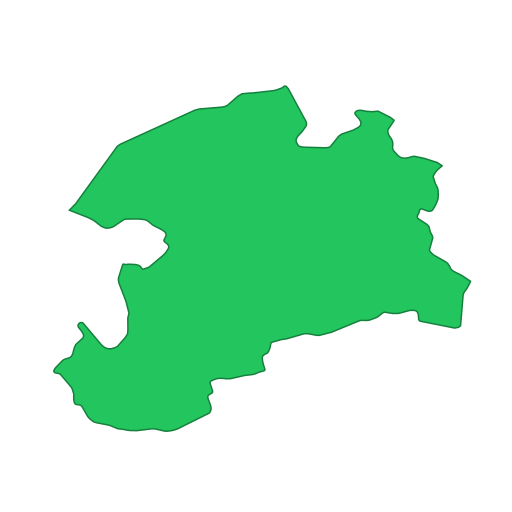 outline of Central, rotated 265°
{"feature_id": "KEN-1195", "entity_name": "Central", "entity_type": "Province", "adm_level": 1, "iso_a3": "KEN", "parent_name": "Kenya", "parent_adm1": "", "projection": "natural_earth1", "projection_center": [36.807, -0.59], "detail": "fine", "context": "isolated", "style": "filled", "palette": "green", "viewbox_px": 512, "rotation_deg": 265, "n_neighbors": 0, "source": "natural_earth", "source_scale": "10m", "svg_char_len": 4350}
<svg xmlns="http://www.w3.org/2000/svg" viewBox="0 0 512 512"><g transform="rotate(265 256 256)"><path d="M317.9,74.1L324.0,81.1L377.4,127.4L379.2,130.6L406.5,207.5L407.4,212.2L407.3,235.1L407.6,237.7L408.4,240.4L416.7,251.8L418.8,256.1L418.9,263.8L418.7,266.2L419.2,287.6L419.7,291.1L421.0,296.0L421.6,297.3L422.4,298.4L422.8,299.6L422.4,300.9L419.7,302.8L385.5,317.6L383.5,317.9L381.9,317.6L380.8,317.0L375.7,312.6L372.1,308.5L370.1,306.9L369.0,306.3L367.8,306.0L366.9,306.0L365.7,306.2L364.5,306.7L362.3,307.8L361.7,308.4L361.0,310.1L360.3,312.7L357.8,334.2L357.8,337.4L358.4,339.5L368.0,348.7L368.8,349.8L369.5,351.0L370.1,352.4L372.9,363.7L375.2,369.1L376.0,370.3L376.9,371.3L378.1,371.9L379.5,372.1L381.0,371.9L382.3,371.3L383.5,370.7L387.8,367.6L389.0,367.0L390.0,367.0L390.9,367.8L391.7,368.9L392.1,370.4L392.1,372.4L391.7,374.7L390.7,377.7L389.6,384.2L389.7,390.1L382.6,401.6L379.8,404.8L379.2,405.3L378.6,405.2L370.5,398.6L369.2,398.2L367.9,398.1L365.1,398.8L363.9,399.3L361.6,400.7L359.8,401.5L357.3,402.1L354.3,401.9L352.9,401.6L351.4,401.5L350.0,401.7L348.8,402.3L343.9,406.0L342.1,407.9L341.1,409.8L340.5,412.2L340.6,416.0L341.5,420.4L341.5,422.5L338.5,432.4L333.1,445.1L329.6,449.3L325.8,444.0L323.2,441.6L319.9,439.3L312.4,441.0L309.1,442.4L307.3,442.9L305.1,443.1L301.4,443.0L297.5,442.4L295.6,441.7L291.2,439.4L286.9,436.3L285.9,435.3L285.5,433.9L285.5,432.2L285.9,430.6L288.3,425.7L288.5,424.4L288.0,423.5L287.1,422.9L284.6,422.0L284.0,421.6L282.1,420.3L280.9,420.1L279.5,420.3L272.5,429.1L271.3,430.1L269.9,430.9L265.5,431.6L263.5,432.2L261.1,433.3L259.5,433.7L258.1,433.5L247.7,429.6L246.3,429.3L244.2,430.6L241.6,432.9L233.3,444.9L231.8,446.4L228.6,448.1L226.6,448.7L224.9,449.9L223.4,451.6L219.0,458.9L212.1,467.5L210.0,466.4L205.6,463.5L201.7,460.2L200.6,459.5L198.9,458.9L168.7,453.7L167.3,451.6L166.9,447.6L176.7,414.1L177.5,412.9L178.8,412.5L183.5,412.6L185.0,412.2L186.2,411.8L187.4,410.7L188.0,408.9L188.4,405.6L188.2,403.3L186.6,394.5L186.4,392.6L186.8,387.3L188.7,379.8L188.8,378.8L188.7,378.3L188.5,377.7L185.0,372.3L184.3,370.9L182.5,364.6L182.2,363.1L182.1,360.9L182.7,355.7L182.6,354.1L182.3,352.7L173.4,324.3L171.4,312.0L171.7,309.5L173.9,301.6L174.3,298.8L174.2,296.4L170.9,279.6L170.5,273.9L168.8,264.9L168.3,263.6L167.3,263.1L166.4,262.8L165.3,262.6L162.8,261.7L160.3,260.5L159.2,259.7L158.3,258.8L157.1,255.9L156.4,254.6L155.4,253.8L154.2,253.4L151.0,253.4L147.8,253.8L142.4,255.0L141.8,254.9L141.2,254.6L140.8,253.3L139.9,248.5L138.8,245.5L138.2,242.1L138.0,234.4L136.0,219.9L136.3,215.5L136.9,212.7L137.4,208.7L137.3,206.9L136.2,202.2L135.6,200.8L135.0,199.7L134.1,199.2L133.1,199.2L125.3,201.0L124.1,200.9L123.3,200.1L122.7,199.0L122.1,197.6L121.4,196.4L120.4,195.8L119.1,195.7L117.6,195.9L111.9,197.6L108.9,198.0L107.4,197.9L106.1,197.4L105.0,196.9L104.3,196.4L103.6,195.8L90.8,163.3L89.9,160.2L89.4,156.7L89.2,152.9L89.3,151.0L89.7,149.1L92.5,140.5L92.9,137.1L92.4,122.0L93.2,114.8L94.1,111.1L94.8,109.0L96.0,103.2L99.7,96.1L100.3,94.7L103.8,82.5L105.0,79.7L108.5,76.0L110.9,74.3L121.5,69.4L122.3,68.6L123.0,67.3L123.7,64.3L124.3,63.0L125.9,62.2L128.9,61.9L134.6,62.4L138.9,61.5L141.2,60.7L154.8,51.1L155.7,50.1L156.3,48.7L157.1,45.7L158.0,44.8L159.2,44.5L161.0,45.6L162.3,46.7L168.6,54.0L169.4,55.2L169.9,56.7L171.0,61.6L172.2,63.4L174.5,64.9L179.5,66.6L181.9,67.8L183.6,68.9L189.5,76.5L190.8,77.1L192.4,77.4L195.1,76.3L196.8,75.4L200.5,72.9L201.8,72.6L203.1,72.8L204.5,74.1L205.0,75.4L204.9,76.7L204.6,77.5L203.8,78.2L181.1,94.2L179.1,96.0L177.7,97.9L177.1,99.1L176.5,100.6L176.3,102.3L176.3,104.1L177.0,107.4L177.4,108.9L178.1,110.2L185.9,118.4L189.4,121.2L193.8,122.0L205.5,122.9L210.1,124.5L222.2,122.5L240.7,117.2L243.8,116.8L246.1,117.1L258.3,122.1L259.3,122.7L259.5,123.3L258.9,125.0L258.9,128.7L258.1,134.7L257.5,136.8L257.0,138.1L256.3,139.2L255.3,140.2L253.3,141.4L252.7,142.1L252.8,143.3L254.1,147.9L254.7,149.2L265.1,164.0L267.8,166.9L271.0,169.2L271.8,169.7L272.6,169.8L273.7,169.8L275.3,169.0L276.5,167.9L277.8,166.4L278.9,165.6L279.9,165.7L283.3,167.7L284.6,168.3L286.2,168.2L287.7,167.5L289.8,165.2L292.9,160.6L293.8,158.8L295.9,155.8L300.2,151.3L301.0,150.2L301.7,149.0L302.4,146.1L303.1,142.2L304.1,130.3L303.8,127.6L297.6,116.4L297.2,114.9L296.8,113.3L296.7,109.5L297.5,107.3L298.9,104.7L305.7,97.3L308.9,92.1L317.9,74.1Z" fill="#22c55e" stroke="#15803d" stroke-width="1.5"/></g></svg>